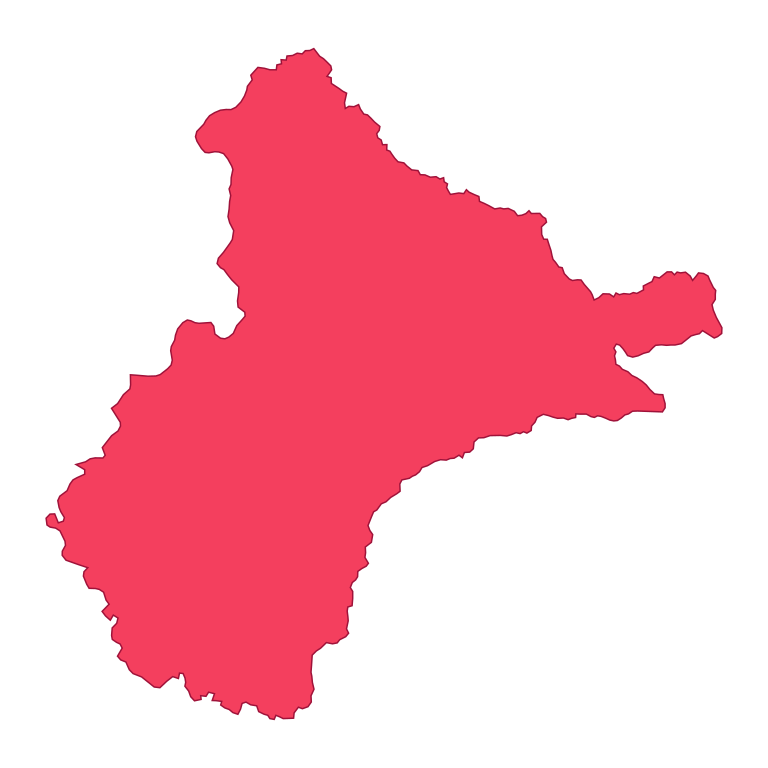 Iaciara, Goiás, Brazil (orthographic projection)
{"feature_id": "56859067B33640833107150", "entity_name": "Iaciara", "entity_type": "district", "adm_level": 2, "iso_a3": "BRA", "parent_name": "Brazil", "parent_adm1": "Goiás", "projection": "orthographic", "projection_center": [-46.724, -14.085], "detail": "fine", "context": "isolated", "style": "filled", "palette": "rose", "viewbox_px": 768, "rotation_deg": 0, "n_neighbors": 0, "source": "geoboundaries", "source_scale": "gbopen_adm2", "svg_char_len": 5871}
<svg xmlns="http://www.w3.org/2000/svg" viewBox="0 0 768 768"><path d="M258.7,711.6L264.0,714.2L267.8,715.3L269.9,718.6L274.2,719.4L275.9,715.3L279.8,716.9L283.2,718.6L293.6,718.2L294.1,712.9L298.4,707.2L302.4,708.7L308.0,706.7L311.3,702.0L311.0,695.8L314.0,689.2L312.4,682.5L311.8,676.2L311.0,672.3L311.5,665.7L312.2,655.1L316.4,650.9L320.6,648.2L326.4,642.6L332.5,643.8L337.2,642.9L339.7,639.7L345.7,636.7L348.6,633.2L346.5,628.9L348.2,620.8L347.9,616.9L347.2,611.1L347.8,607.0L352.1,605.7L352.7,598.4L352.7,591.4L350.3,587.6L352.3,582.5L355.6,579.9L357.6,576.7L357.8,571.4L361.9,568.5L366.2,566.2L368.4,563.3L364.9,557.4L365.6,552.8L365.3,547.0L371.4,542.3L372.7,534.6L369.8,530.4L368.0,525.5L371.6,516.5L373.6,511.8L376.8,510.0L381.3,503.8L386.0,501.8L390.7,497.4L396.8,493.7L400.1,491.2L399.8,484.0L401.9,479.9L409.3,478.3L412.4,476.2L415.6,474.9L419.5,471.7L422.0,467.5L427.5,465.7L434.7,461.5L440.5,459.7L446.3,460.1L450.2,458.5L454.1,458.2L459.0,455.2L462.4,457.8L464.4,452.5L469.7,452.1L473.3,448.8L474.0,442.0L478.5,437.9L483.9,437.7L490.1,435.6L500.3,435.4L506.9,436.0L511.4,434.6L516.1,432.7L520.1,433.6L523.5,431.7L526.9,433.1L531.2,430.5L531.6,425.9L535.0,422.2L537.1,417.4L543.3,414.3L548.6,415.6L552.9,417.1L557.6,418.3L563.4,418.0L568.1,419.7L571.7,418.3L575.6,417.5L575.9,413.9L579.8,414.1L586.4,414.1L591.0,416.6L594.4,417.4L597.6,415.8L601.1,416.4L605.7,418.2L609.9,420.1L613.8,420.9L617.4,420.5L621.3,418.0L624.9,414.9L628.5,413.9L632.5,411.2L637.6,411.0L662.4,411.9L665.1,407.8L665.1,403.6L663.6,398.4L662.8,394.7L658.8,394.5L654.5,393.9L649.8,389.4L646.3,385.0L642.3,381.5L636.8,377.8L631.9,375.5L628.0,371.8L622.3,369.3L619.5,366.1L615.9,364.3L615.4,359.7L614.5,355.8L615.9,351.9L613.8,348.2L616.3,344.1L619.7,345.1L622.9,348.6L625.4,352.1L627.6,355.6L632.7,357.1L638.1,355.8L643.6,353.3L648.9,351.9L652.7,347.9L655.6,345.3L661.5,344.8L666.6,345.3L670.6,345.0L675.0,345.0L681.5,343.6L686.4,339.7L691.1,335.9L695.8,334.5L699.4,333.7L702.5,330.6L714.2,338.0L717.6,336.6L721.7,333.5L721.9,327.7L716.3,317.4L713.3,310.2L712.0,304.6L715.3,299.4L715.3,294.2L715.7,290.4L713.3,287.5L709.6,279.9L708.0,276.0L703.5,273.5L698.5,272.9L696.3,275.9L692.6,280.4L690.2,276.0L685.5,272.2L680.5,272.9L677.1,272.1L674.4,274.8L671.6,271.9L667.1,271.9L659.4,278.0L654.2,276.7L652.0,281.6L648.9,283.1L643.3,286.0L643.5,289.9L636.9,293.4L633.3,292.6L629.7,294.2L623.7,293.6L619.4,294.7L616.0,293.0L613.7,296.9L609.5,294.0L603.0,293.8L598.8,297.7L594.1,300.0L592.2,294.8L590.5,291.6L584.3,284.5L581.1,280.0L577.5,279.8L572.4,280.5L569.3,279.0L564.3,273.7L562.2,267.7L558.8,267.0L555.6,262.4L553.0,259.4L552.0,255.7L550.9,250.4L549.1,245.0L547.3,239.3L543.7,239.2L541.7,234.5L541.5,226.8L546.5,222.2L545.6,218.5L542.6,216.7L539.8,213.4L531.3,213.5L529.0,210.7L525.9,213.6L521.9,215.2L517.6,215.7L514.3,211.3L508.2,208.4L503.8,208.9L500.2,208.0L494.7,208.9L488.7,205.6L484.0,203.3L479.5,201.4L478.9,196.5L474.5,194.7L469.1,192.2L466.4,189.7L463.8,193.6L458.8,193.0L450.4,194.4L448.3,190.9L446.6,187.6L447.5,183.9L444.2,181.8L443.6,177.7L439.9,179.0L436.1,176.7L430.3,177.2L425.0,174.9L420.3,174.7L418.0,170.6L411.7,169.9L406.9,166.0L403.9,162.9L398.0,161.8L394.7,158.2L391.9,154.3L389.9,151.2L386.7,150.0L386.9,144.6L382.5,144.7L381.2,140.0L377.8,137.8L376.7,133.7L379.2,130.4L379.9,126.5L374.5,122.0L371.2,118.5L367.5,114.9L363.8,114.1L360.4,109.1L358.6,104.6L354.0,106.7L348.9,106.3L345.3,108.5L344.5,102.8L346.6,93.2L342.7,91.2L338.9,88.4L331.4,83.5L331.1,77.7L327.0,76.4L329.4,73.1L331.6,69.8L330.8,65.9L326.2,61.3L323.6,58.8L319.6,56.2L313.8,48.6L309.8,50.5L305.3,50.7L302.2,53.9L297.2,53.2L292.6,55.5L287.0,56.0L286.2,60.1L281.1,59.7L281.5,63.8L276.9,64.9L276.3,69.8L270.0,69.8L264.5,68.3L257.9,67.4L250.8,75.2L252.2,79.9L247.4,86.3L246.8,90.0L244.5,96.0L241.0,101.9L235.8,107.3L231.0,109.6L226.1,109.5L220.4,110.2L214.7,112.6L209.6,115.7L206.0,120.2L203.8,124.2L196.8,131.5L195.5,136.7L197.0,141.3L201.5,148.6L205.1,152.4L208.9,152.8L214.8,151.7L218.9,152.0L223.6,153.6L227.8,158.9L231.8,166.2L232.9,169.5L231.2,177.7L231.0,184.5L229.1,188.9L230.7,195.5L229.6,201.6L229.1,209.1L228.0,216.6L229.7,222.8L233.7,230.6L232.3,239.5L230.1,243.1L223.5,252.3L218.4,258.2L217.1,263.6L220.5,267.7L223.9,269.6L227.4,274.4L231.6,279.7L238.8,286.9L238.7,292.5L237.5,300.9L238.1,307.1L244.8,312.2L245.1,316.2L241.6,320.3L236.8,325.6L233.3,333.4L228.8,337.1L224.9,338.8L220.5,338.2L214.9,334.0L213.7,326.2L210.9,322.5L199.0,323.3L195.0,322.7L190.9,320.8L187.3,320.0L182.8,322.7L177.7,328.9L175.5,335.1L174.7,340.1L171.3,346.6L170.7,350.7L172.3,360.2L171.1,365.1L167.6,368.8L160.2,374.6L155.9,376.0L148.0,376.2L136.1,375.2L130.4,374.8L130.6,384.9L129.9,388.9L123.4,394.7L117.6,403.6L111.5,408.3L120.3,422.3L120.5,426.1L118.0,431.0L111.6,435.7L102.3,447.6L105.2,455.3L102.9,458.0L95.1,457.9L90.2,458.8L85.6,461.8L76.0,464.5L84.7,469.7L84.7,474.2L77.0,477.7L73.0,479.9L70.0,484.0L67.1,490.7L59.8,496.2L57.8,500.6L59.1,507.5L60.8,511.7L64.4,517.6L63.3,521.2L58.3,522.8L54.7,513.9L50.0,514.1L46.1,518.2L47.0,525.0L50.1,527.1L55.6,528.1L60.0,530.9L65.0,541.2L65.5,545.4L62.3,551.2L62.2,555.3L66.0,560.2L78.2,564.5L87.8,567.7L84.0,571.7L83.4,576.1L86.7,584.2L89.1,588.3L95.5,588.5L99.3,589.4L103.6,592.2L106.1,600.1L109.1,604.2L102.1,611.4L105.5,615.9L110.3,620.2L113.3,615.1L118.0,618.0L116.7,623.3L112.2,627.9L111.6,635.5L112.3,639.4L116.5,642.3L120.1,644.0L122.2,648.1L117.5,656.2L120.7,659.9L125.9,662.0L129.3,669.7L133.1,673.6L141.6,676.9L154.2,687.0L159.9,687.7L166.8,681.2L172.7,676.6L178.4,678.5L179.5,673.1L183.1,673.5L185.0,678.0L185.7,682.3L184.9,686.2L188.7,691.1L190.7,696.7L194.5,700.8L201.1,699.4L200.7,695.7L206.0,696.3L208.6,692.2L214.5,693.7L212.2,700.5L216.4,700.7L221.7,701.4L220.7,705.0L224.8,707.9L229.2,709.5L232.9,712.6L237.9,714.3L240.5,709.2L242.1,703.4L246.0,702.1L250.7,704.8L256.7,705.8L258.7,711.6Z" fill="#f43f5e" stroke="#9f1239" stroke-width="1.5"/></svg>